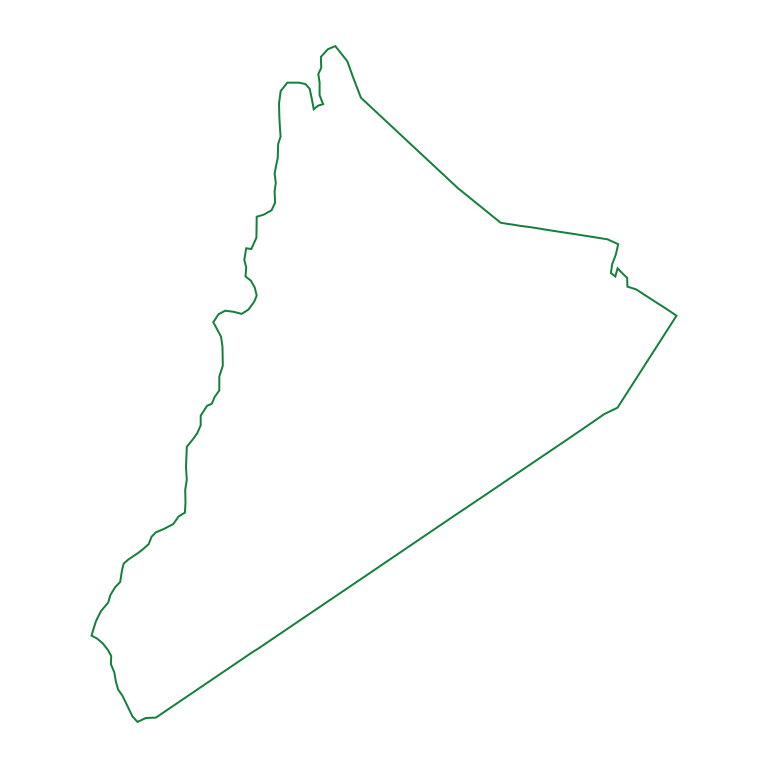 Palmeirândia, Maranhão, Brazil (Equal Earth projection)
{"feature_id": "56859067B11830676899698", "entity_name": "Palmeirândia", "entity_type": "district", "adm_level": 2, "iso_a3": "BRA", "parent_name": "Brazil", "parent_adm1": "Maranhão", "projection": "equal_earth", "projection_center": [-45.055, -2.689], "detail": "fine", "context": "isolated", "style": "outline", "palette": "green", "viewbox_px": 768, "rotation_deg": 0, "n_neighbors": 0, "source": "geoboundaries", "source_scale": "gbopen_adm2", "svg_char_len": 1764}
<svg xmlns="http://www.w3.org/2000/svg" viewBox="0 0 768 768"><path d="M676.5,315.7L666.4,308.9L655.1,301.7L644.0,294.5L636.2,289.4L627.4,286.6L627.2,277.9L622.4,273.3L617.6,268.3L615.3,276.5L610.9,273.0L612.2,264.1L615.8,254.7L618.2,244.2L607.5,239.3L570.2,233.4L552.3,230.7L539.5,228.6L529.4,227.0L520.5,225.9L512.0,224.5L507.0,223.8L500.6,222.7L457.7,188.0L360.9,97.7L353.2,77.6L347.3,61.2L335.3,46.1L327.9,49.2L320.9,56.9L321.2,67.9L318.3,74.1L319.6,82.6L319.6,95.2L323.1,104.2L318.2,105.6L313.7,109.2L311.9,99.3L309.7,88.8L305.5,84.1L299.1,82.7L287.3,82.7L280.7,91.0L279.0,103.5L279.3,115.6L279.9,127.2L280.6,136.6L278.2,143.8L277.7,158.4L276.1,165.6L274.6,173.6L275.8,182.8L274.6,191.2L275.1,202.7L271.6,210.2L263.4,214.8L256.7,216.7L256.6,225.2L256.4,237.8L251.3,249.0L246.2,248.3L244.3,260.0L246.2,267.2L245.5,276.5L250.8,280.6L254.8,287.7L256.7,295.6L254.2,301.7L248.4,309.6L241.7,313.9L233.7,311.8L225.2,310.7L218.5,314.3L213.3,322.2L221.0,336.6L222.5,346.9L222.8,365.7L219.3,376.5L219.3,390.4L214.5,397.2L211.9,403.7L207.1,405.8L200.7,415.6L200.7,425.3L197.3,433.1L193.2,438.9L186.8,446.8L186.0,467.3L186.8,479.9L185.2,489.8L185.5,502.5L184.9,512.6L178.6,516.5L173.2,524.1L162.9,529.4L155.9,532.3L151.6,536.7L148.7,544.1L143.1,549.1L137.8,553.2L128.7,559.2L123.7,563.5L122.0,570.2L120.2,581.9L114.9,587.6L110.4,595.0L108.2,602.6L101.0,611.0L95.9,621.3L91.5,635.6L97.0,638.5L102.7,643.3L108.0,650.1L111.2,655.9L110.9,664.1L114.3,672.4L115.9,681.6L118.1,689.5L122.6,696.0L132.5,716.5L137.5,721.9L145.8,718.0L155.9,717.6L252.4,652.2L258.8,648.2L305.4,616.6L352.6,584.7L427.8,533.7L454.8,515.4L477.9,499.9L490.2,491.6L539.4,458.3L563.4,442.1L582.9,428.8L596.3,419.6L604.2,414.1L617.5,407.7L676.5,315.7Z" fill="none" stroke="#15803d" stroke-width="2"/></svg>